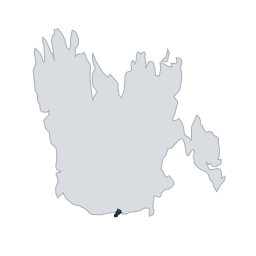 Howth-Malahide Lea-7, Dublin, Ireland (highlighted), rotated 97°
{"feature_id": "5873133B80891439467393", "entity_name": "Howth-Malahide Lea-7", "entity_type": "district", "adm_level": 2, "iso_a3": "IRL", "parent_name": "Ireland", "parent_adm1": "Dublin", "projection": "natural_earth1", "projection_center": [-6.109, 53.412], "detail": "fine", "context": "in_parent", "style": "filled", "palette": "slate", "viewbox_px": 256, "rotation_deg": 97, "n_neighbors": 0, "source": "geoboundaries", "source_scale": "gbopen_adm2", "svg_char_len": 5102}
<svg xmlns="http://www.w3.org/2000/svg" viewBox="0 0 256 256"><g transform="rotate(97 128 128)"><path d="M169.8,39.9L163.4,43.2L162.4,44.5L160.6,49.6L160.3,51.1L156.3,56.8L154.0,57.9L150.6,58.8L148.6,59.8L146.2,59.3L143.1,59.4L141.6,60.4L141.6,61.2L142.6,62.1L148.2,64.7L147.9,65.8L146.3,67.0L136.0,70.1L133.0,72.0L131.9,73.2L133.0,75.3L141.1,81.4L142.4,82.1L143.6,85.7L150.8,87.2L153.7,89.4L156.3,90.0L161.8,89.8L164.0,90.6L165.2,90.0L166.0,88.8L172.2,84.4L170.3,81.1L176.5,75.6L178.2,75.6L181.1,77.3L183.5,79.7L184.3,82.9L186.6,85.7L188.0,86.7L192.0,87.3L192.9,88.4L192.2,92.5L192.8,93.9L202.9,93.8L206.9,92.0L210.4,92.3L212.1,94.2L212.9,96.1L209.9,96.8L206.7,96.4L205.2,97.6L205.1,100.0L206.2,103.1L208.3,105.3L210.0,110.3L211.3,115.8L213.5,119.1L214.0,123.3L213.6,125.3L214.0,129.0L213.1,130.3L213.8,133.7L217.5,144.8L218.2,153.4L216.4,156.7L214.0,159.7L212.4,163.4L211.1,167.3L210.4,173.7L205.1,181.2L202.8,183.0L200.2,184.2L205.9,189.4L201.3,191.7L196.2,192.5L190.5,191.1L187.0,191.3L182.6,194.0L181.5,193.5L179.5,189.2L177.9,193.7L174.6,195.1L169.1,194.8L159.8,196.0L156.2,197.2L154.7,199.2L153.6,201.5L152.1,202.8L150.5,203.5L143.3,205.2L141.8,205.9L138.5,209.6L134.1,211.7L130.5,212.4L127.3,210.2L126.0,208.9L124.5,208.3L119.6,208.4L121.1,209.0L122.1,210.5L122.6,213.4L122.0,216.3L119.5,217.7L116.6,218.0L112.0,221.0L105.9,221.8L102.6,224.5L82.5,229.1L81.4,229.2L78.6,228.0L75.6,227.5L72.6,227.8L64.2,230.4L60.1,229.9L65.4,223.5L72.4,220.3L73.2,219.4L70.9,219.0L57.6,221.2L53.0,223.1L48.4,223.7L50.6,220.7L56.6,216.8L61.7,214.1L64.0,211.8L70.3,209.1L50.1,214.6L44.8,213.9L43.6,212.4L39.4,213.1L38.0,209.4L44.2,203.8L47.8,201.4L52.0,200.1L56.1,198.2L57.6,195.9L55.7,195.2L43.6,195.8L37.8,195.3L38.1,193.5L39.2,191.5L45.3,188.1L48.6,187.5L51.5,187.8L56.6,189.9L63.5,189.2L60.6,187.0L60.2,182.6L58.1,181.1L60.9,179.0L64.1,177.8L69.5,173.5L71.4,172.8L82.0,171.8L93.3,169.6L104.6,166.5L98.9,164.8L96.2,162.5L91.6,167.1L88.4,168.8L79.4,169.8L76.5,169.3L72.5,167.8L71.3,168.4L70.1,169.5L64.1,171.7L57.8,172.3L65.2,168.1L74.6,161.1L76.7,158.9L79.7,155.0L78.8,153.3L76.9,152.3L83.7,144.4L86.1,143.0L90.4,142.8L93.5,141.5L94.9,141.5L96.2,141.0L99.0,138.6L94.7,137.1L90.4,136.4L76.8,137.2L75.0,137.0L73.3,136.3L72.3,135.2L71.5,132.5L70.5,131.9L67.4,131.9L64.4,132.8L62.3,132.7L60.3,131.5L63.6,128.8L59.4,128.1L55.1,128.6L51.5,127.8L51.4,126.1L53.1,124.4L51.0,122.7L50.6,120.7L52.9,119.7L55.3,120.0L60.4,118.5L66.9,117.7L61.4,116.2L59.2,114.9L59.1,113.0L59.6,111.3L66.0,108.4L72.9,107.2L72.4,105.3L72.9,103.3L66.1,102.7L59.2,104.1L60.0,100.2L61.7,96.7L62.1,94.4L61.8,92.0L58.6,93.0L58.3,89.5L57.0,87.1L52.2,88.8L52.4,85.6L53.8,83.4L56.3,82.5L58.7,82.9L63.3,82.9L67.7,81.2L74.0,80.8L84.1,81.3L90.9,86.0L92.7,85.1L95.5,82.2L96.8,81.9L107.2,83.1L113.7,84.8L115.4,84.3L114.5,81.0L112.3,78.8L115.2,75.8L118.6,73.8L120.9,72.8L126.2,71.6L128.5,70.4L130.0,66.6L132.5,63.4L119.3,65.1L106.8,61.3L108.9,58.6L111.5,57.1L116.1,56.0L116.5,54.6L118.9,53.4L122.7,50.4L121.4,46.5L122.1,43.6L124.9,41.7L125.8,39.0L127.0,37.0L132.6,36.3L137.9,34.5L146.2,34.2L148.3,35.0L147.8,31.7L151.7,31.3L153.2,31.9L153.9,34.2L155.6,35.7L156.1,38.3L154.9,40.3L153.0,41.8L154.8,43.3L151.9,46.2L155.0,45.0L159.3,42.2L159.1,39.9L158.4,37.1L157.2,34.5L157.8,31.7L160.2,30.0L166.5,29.1L164.0,25.9L166.3,25.6L168.8,26.3L172.5,28.7L180.3,32.3L176.4,35.4L171.7,37.5L169.8,39.9ZM57.9,101.5L57.7,103.0L54.7,101.1L53.2,99.1L45.0,98.1L48.5,96.1L50.1,96.7L56.0,96.8L57.6,97.6L57.9,101.5Z" fill="#d9dde1" stroke="#a8b0b8" stroke-width="1"/><path d="M213.5,129.3L214.0,129.2L214.4,129.1L214.6,129.1L214.9,129.1L215.1,129.2L215.2,129.3L215.1,129.5L215.2,129.8L215.3,129.8L215.3,130.0L215.5,130.1L215.7,130.3L215.8,130.4L216.0,130.5L216.3,130.6L216.2,130.5L216.3,130.5L216.2,130.5L216.3,130.5L216.4,130.4L216.5,130.4L216.8,130.4L217.0,130.4L217.1,130.5L217.2,130.4L217.1,130.2L217.3,130.1L217.3,129.9L217.5,129.8L217.5,129.7L217.5,129.4L217.4,129.3L217.4,129.2L217.4,129.3L217.3,129.2L217.1,129.2L216.9,129.2L216.7,129.1L216.8,128.9L216.6,128.8L216.8,128.9L216.7,128.9L216.6,129.0L216.5,128.9L216.5,129.0L216.4,129.0L216.5,128.9L216.4,129.0L216.2,129.0L216.0,128.9L215.8,128.9L215.7,128.9L215.4,128.9L215.1,128.8L214.9,128.9L214.6,128.7L214.7,128.9L214.3,128.8L214.2,128.7L214.0,128.4L213.9,128.2L213.7,128.0L213.7,127.9L213.7,127.7L213.8,127.6L213.7,127.6L213.8,127.5L214.0,127.5L214.1,127.8L214.2,128.0L214.3,128.2L214.2,128.2L214.3,128.2L214.3,128.3L214.3,128.5L214.5,128.5L214.7,128.4L214.7,128.2L214.4,127.5L214.3,127.2L214.3,126.7L214.3,126.4L214.2,126.2L213.9,126.0L213.7,125.8L213.2,125.8L213.1,125.7L212.9,125.4L212.9,125.7L212.6,125.6L212.4,125.6L212.2,125.6L211.9,125.4L211.7,125.3L211.3,125.2L211.1,125.2L211.0,125.3L211.0,125.8L210.8,126.4L210.7,126.6L210.5,126.8L210.5,127.0L210.1,127.9L210.5,127.9L210.7,128.0L211.1,128.1L211.3,128.1L211.5,128.1L211.9,128.1L212.0,128.1L212.3,128.1L212.5,128.0L213.1,128.1L213.2,128.3L213.2,128.6L213.1,128.8L212.9,129.0L213.1,129.0L213.5,129.3L213.5,129.3ZM216.9,128.3L216.9,128.2L216.5,128.0L216.6,128.3L216.8,128.5L216.9,128.4L216.9,128.3Z" fill="#64748b" stroke="#1e293b" stroke-width="1.5"/></g></svg>